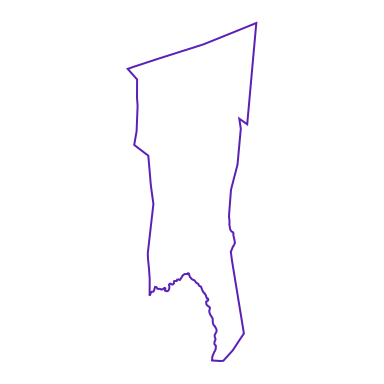 San Bartolomé Yucuañe, Oaxaca, Mexico
{"feature_id": "50627088B7651687124924", "entity_name": "San Bartolomé Yucuañe", "entity_type": "district", "adm_level": 2, "iso_a3": "MEX", "parent_name": "Mexico", "parent_adm1": "Oaxaca", "projection": "equal_earth", "projection_center": [-97.458, 17.213], "detail": "fine", "context": "isolated", "style": "outline", "palette": "violet", "viewbox_px": 384, "rotation_deg": 0, "n_neighbors": 0, "source": "geoboundaries", "source_scale": "gbopen_adm2", "svg_char_len": 3353}
<svg xmlns="http://www.w3.org/2000/svg" viewBox="0 0 384 384"><path d="M256.3,23.0L203.6,44.3L184.2,50.5L183.8,50.6L183.4,50.7L182.6,51.0L182.3,51.1L181.8,51.2L180.6,51.6L180.0,51.8L179.4,52.0L178.0,52.5L177.7,52.5L176.3,53.0L174.4,53.6L168.4,55.5L167.6,55.8L167.0,56.0L165.5,56.4L163.7,57.0L162.7,57.3L162.4,57.4L161.5,57.7L159.3,58.4L155.9,59.5L154.9,59.8L153.8,60.2L152.7,60.6L151.8,60.9L150.7,61.2L149.5,61.6L142.5,63.9L142.0,64.1L141.3,64.3L138.8,65.1L137.1,65.7L134.5,66.5L134.2,66.6L133.7,66.8L133.2,66.9L132.8,67.1L132.7,67.1L132.4,67.2L131.1,67.7L129.4,68.3L128.4,68.6L127.7,68.9L137.1,79.5L137.0,97.8L137.6,105.9L136.6,131.3L134.2,144.9L137.7,147.6L138.3,148.1L144.0,152.4L144.7,153.0L147.1,154.7L147.6,155.2L148.3,155.7L148.4,157.1L149.6,170.5L150.7,183.9L151.5,190.2L153.4,204.0L147.8,253.0L147.9,256.6L148.0,258.9L149.0,268.9L149.7,279.1L149.6,295.8L150.5,293.8L151.0,292.4L151.6,291.8L153.2,291.7L153.9,290.8L154.3,289.8L154.6,288.3L155.1,286.9L156.5,287.2L157.3,288.6L158.4,289.0L159.6,288.8L160.3,288.9L161.3,289.6L162.1,289.5L163.3,288.7L164.4,288.0L164.9,287.9L165.4,288.7L164.7,289.8L165.0,290.6L165.4,290.9L166.2,291.0L167.3,291.2L168.3,290.6L168.9,289.6L169.3,288.4L169.4,286.4L168.9,285.0L169.4,284.1L170.2,283.6L170.5,283.6L171.4,284.2L172.2,284.6L173.1,284.3L174.0,283.2L173.9,282.3L173.8,281.8L174.1,281.2L174.9,280.9L175.6,281.0L176.4,281.1L176.9,280.8L177.2,280.1L177.2,279.7L177.4,279.7L178.1,279.7L178.7,279.4L179.8,280.0L180.6,279.0L181.0,278.2L181.6,277.4L182.2,276.5L182.5,275.7L183.8,274.6L184.6,274.1L186.6,274.0L187.0,274.1L187.3,274.1L187.8,273.3L188.3,273.3L189.0,273.7L189.0,273.8L189.2,274.6L189.2,274.8L189.5,275.8L190.1,277.2L190.9,278.0L191.2,278.5L191.8,279.1L192.5,279.5L193.2,279.9L193.7,280.0L194.0,280.1L194.4,280.3L194.9,281.0L195.5,281.7L195.8,282.2L196.2,282.7L196.8,283.1L197.5,283.5L197.9,283.6L198.2,283.9L198.5,284.3L198.7,285.0L199.1,285.7L199.6,286.0L200.3,286.4L201.0,286.7L201.8,288.9L202.5,290.6L203.2,291.8L203.6,292.7L204.2,292.8L204.6,293.2L204.7,293.8L205.7,294.9L206.4,297.2L207.0,298.5L207.4,298.3L207.8,298.5L208.0,298.8L208.3,299.9L208.2,300.3L207.9,300.6L206.9,301.3L206.2,301.6L206.2,303.2L206.4,304.0L206.6,304.7L207.2,305.4L208.3,306.2L209.8,307.4L210.0,308.1L209.5,309.8L209.3,310.6L209.3,311.7L209.5,312.7L209.7,313.2L210.0,314.0L210.3,314.8L210.8,315.5L211.4,316.4L211.9,317.3L212.4,318.0L212.7,318.9L212.7,319.6L212.7,320.1L212.8,321.7L212.8,322.5L213.0,323.4L213.2,324.0L213.6,324.9L214.0,325.5L214.6,325.9L214.9,326.3L215.3,327.2L215.8,328.0L216.2,328.8L216.4,329.4L216.6,330.2L216.5,331.6L215.7,333.1L215.1,334.2L214.8,334.8L214.6,335.7L214.7,336.5L215.1,337.9L215.5,339.0L215.5,339.5L214.6,341.6L214.4,343.1L214.4,343.6L214.4,344.0L215.0,344.9L215.7,345.5L215.9,345.9L215.8,346.7L215.8,348.3L215.5,349.4L215.1,350.7L214.5,351.5L214.0,352.6L213.0,354.9L212.7,355.8L212.2,357.0L212.3,358.2L212.0,360.4L212.4,360.5L220.4,361.0L223.3,360.8L232.8,350.3L240.4,338.7L243.9,333.5L242.6,325.5L231.9,260.1L230.8,251.4L231.2,251.0L232.8,246.9L234.2,244.7L234.9,242.9L234.5,240.3L234.0,238.1L233.5,235.8L233.3,234.4L233.5,233.2L232.8,232.1L231.7,231.6L230.8,230.5L230.2,229.4L229.9,228.1L229.7,226.2L229.3,224.0L229.5,222.7L229.4,219.5L229.0,217.2L229.2,212.8L231.0,189.7L237.5,164.7L240.8,128.7L239.3,118.7L247.2,124.3L256.3,23.0Z" fill="none" stroke="#5b21b6" stroke-width="2"/></svg>